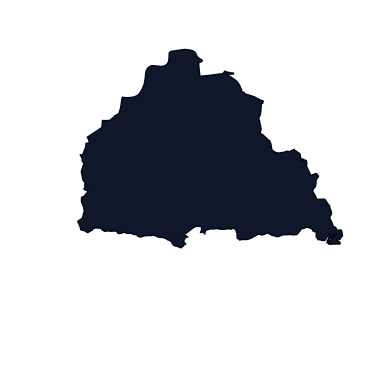 the district of Catcau, Salaj, Romania, rotated 145°
{"feature_id": "2599482B34343100803691", "entity_name": "Catcau", "entity_type": "district", "adm_level": 2, "iso_a3": "ROU", "parent_name": "Romania", "parent_adm1": "Salaj", "projection": "equal_earth", "projection_center": [23.786, 47.241], "detail": "fine", "context": "isolated", "style": "filled", "palette": "ink", "viewbox_px": 384, "rotation_deg": 145, "n_neighbors": 0, "source": "geoboundaries", "source_scale": "gbopen_adm2", "svg_char_len": 5887}
<svg xmlns="http://www.w3.org/2000/svg" viewBox="0 0 384 384"><g transform="rotate(145 192 192)"><path d="M194.5,309.5L195.8,308.6L202.2,301.8L207.0,298.1L211.2,298.6L212.7,298.2L218.4,297.9L218.8,297.8L219.6,298.6L222.2,300.2L224.3,301.8L225.3,300.7L228.7,296.5L246.3,296.9L246.3,295.6L246.5,294.8L247.5,291.6L247.9,291.0L250.8,292.6L253.4,289.6L260.5,285.0L262.1,286.5L262.3,286.3L262.3,284.8L262.9,282.0L263.9,280.9L264.1,280.5L263.9,279.8L264.1,278.9L264.0,277.5L265.5,276.3L266.6,275.7L267.5,274.7L269.6,273.3L270.8,272.2L271.5,271.1L271.8,269.9L272.4,269.1L273.0,267.2L273.8,265.7L274.5,264.0L274.1,262.1L274.3,261.0L275.8,259.2L276.9,257.2L278.5,256.6L278.8,256.4L278.6,255.7L276.6,252.3L278.0,251.6L280.5,251.1L282.3,250.3L285.5,250.9L287.9,247.7L288.4,246.3L288.6,244.5L289.4,242.0L291.0,238.3L296.4,233.7L298.1,233.4L300.8,233.5L302.5,233.3L302.6,232.4L303.7,227.0L304.7,225.2L303.8,223.6L302.8,222.8L302.2,221.9L301.6,220.6L301.1,219.3L300.6,218.6L296.2,218.1L293.5,218.6L292.9,218.5L291.2,217.7L289.3,216.2L287.4,214.2L287.2,213.7L287.0,211.8L286.4,210.9L286.3,210.4L286.0,209.8L282.8,208.2L281.1,206.5L277.1,204.0L276.6,203.4L276.3,202.3L276.3,200.7L275.8,200.1L274.0,198.9L271.3,198.3L270.3,197.8L269.1,195.6L265.5,193.0L264.3,191.0L262.4,189.3L261.8,188.3L261.7,187.3L261.1,185.9L259.6,184.4L258.3,184.2L254.7,182.8L253.9,182.0L252.1,181.1L250.2,179.6L247.9,178.6L247.5,177.7L246.7,176.8L245.8,174.8L242.7,172.0L242.0,171.6L241.2,170.6L240.0,168.7L239.1,166.5L238.2,165.4L237.4,163.8L237.4,162.8L237.7,160.9L237.6,159.3L236.6,157.3L234.7,155.3L233.3,152.9L232.6,152.6L230.9,152.7L228.4,153.3L227.1,153.1L227.3,155.5L229.2,155.5L223.9,158.3L221.5,157.8L221.7,158.3L221.8,159.2L222.8,160.5L223.0,161.3L222.9,161.6L217.5,161.7L214.4,162.0L210.3,162.0L207.8,161.3L207.1,160.8L206.4,160.0L205.6,159.8L203.9,157.9L204.4,157.5L206.3,155.1L208.1,154.0L208.0,153.7L207.6,153.5L206.0,153.0L205.6,152.6L205.5,152.1L205.8,151.1L205.5,150.5L204.6,151.6L204.0,151.6L203.3,152.8L200.6,152.2L199.2,151.7L197.4,150.9L195.5,149.3L192.9,148.2L190.4,145.6L187.8,143.6L185.1,142.0L183.6,141.3L182.4,140.5L181.4,139.2L179.8,139.0L179.1,138.7L178.1,137.6L177.9,137.0L178.0,134.9L178.7,133.1L178.9,131.9L180.1,130.5L180.5,129.5L181.2,128.8L181.4,128.2L181.0,127.0L180.1,126.7L180.1,126.2L180.5,125.6L180.4,125.3L178.3,124.5L174.3,121.7L172.1,120.8L168.9,120.2L162.2,119.6L161.4,119.1L158.9,116.4L154.1,115.2L153.0,114.5L152.9,114.0L152.3,113.0L151.5,110.8L149.3,108.6L148.4,107.1L146.5,105.8L144.0,105.4L141.3,104.5L139.4,103.0L136.0,101.0L133.5,98.7L132.3,98.2L130.7,97.2L130.2,97.1L128.9,97.4L127.0,98.1L126.1,98.1L125.4,98.5L124.9,99.0L124.3,99.1L122.2,98.6L120.4,97.9L118.3,97.5L117.6,97.1L115.3,93.8L114.9,92.9L114.9,92.0L115.2,91.3L115.2,90.6L114.2,89.0L113.6,88.5L113.4,87.9L113.4,87.2L115.6,84.6L115.9,84.0L115.9,81.6L115.9,80.8L115.6,80.1L115.3,80.1L114.6,80.4L114.3,79.2L113.2,77.7L112.7,77.3L112.3,77.5L112.1,77.5L111.6,76.6L111.1,76.2L110.6,76.2L108.9,76.9L103.9,79.3L103.4,79.3L103.2,79.0L103.4,78.6L104.1,78.2L104.2,77.5L104.5,77.1L105.3,76.8L106.0,76.4L107.0,75.3L108.9,74.5L110.2,73.2L109.3,73.1L106.9,74.2L104.4,75.7L103.2,75.9L101.8,75.9L100.4,76.6L99.6,76.4L98.4,74.9L98.3,74.3L98.9,75.0L99.5,75.4L100.8,75.1L100.9,74.8L100.6,74.1L100.5,73.6L100.8,73.3L101.2,73.3L102.8,73.7L102.9,73.9L102.2,74.2L102.2,74.6L103.1,75.1L103.7,75.2L104.1,74.8L103.9,74.2L104.8,73.6L105.7,72.7L106.7,72.7L110.0,71.4L109.4,70.5L108.9,70.0L106.6,68.7L101.0,64.8L100.4,64.7L99.9,65.5L99.9,66.2L100.4,67.9L101.2,69.6L99.6,70.3L98.7,68.6L98.2,68.3L95.4,69.5L93.8,69.9L92.1,73.4L91.8,74.8L91.8,75.5L93.2,76.4L94.1,76.7L94.9,77.4L95.1,77.8L95.1,78.2L94.9,78.9L94.7,80.7L95.0,81.2L95.6,81.7L95.8,82.4L96.2,83.0L95.5,84.7L94.8,87.4L94.3,91.6L93.4,92.6L90.4,94.1L89.4,95.5L89.0,96.5L88.4,99.5L87.4,101.5L87.4,103.3L87.6,105.4L87.4,109.3L87.5,109.8L88.0,110.4L93.6,114.1L94.1,114.9L94.0,115.5L93.7,116.1L93.1,118.3L93.0,121.7L92.6,123.4L92.3,124.2L91.9,124.5L91.0,124.7L89.7,125.4L88.4,125.5L87.8,125.8L85.5,128.0L84.8,129.3L83.4,130.6L80.8,131.8L79.8,132.0L79.3,132.6L79.5,135.6L79.8,136.0L84.9,137.3L85.3,137.8L84.7,139.8L84.7,141.2L84.0,143.6L83.9,145.2L83.5,146.4L83.2,148.2L82.9,148.6L81.9,149.0L81.4,150.3L80.7,151.3L80.5,152.0L80.5,152.4L81.3,153.4L83.4,154.2L83.7,154.4L83.5,154.7L83.3,154.9L82.6,154.7L82.4,154.2L82.0,154.3L81.9,154.5L82.2,155.3L83.4,155.9L83.5,156.7L83.4,157.9L82.9,158.6L82.8,159.2L81.9,160.6L81.8,161.0L82.1,162.7L83.0,164.6L83.0,165.3L83.9,166.5L84.1,167.5L83.9,168.2L86.5,168.7L89.6,169.1L89.5,169.4L89.9,170.1L90.8,170.8L92.6,171.5L93.8,171.6L96.4,173.1L98.4,173.9L99.8,175.3L100.8,176.5L101.7,178.0L102.3,180.4L102.5,180.7L99.7,186.5L99.1,189.6L99.7,190.8L100.1,193.4L101.3,198.6L102.7,200.9L101.5,202.2L100.7,202.6L99.1,204.3L98.4,206.4L97.7,207.3L97.3,208.4L97.0,209.5L96.3,210.9L95.8,211.5L95.6,213.3L95.2,214.0L91.4,216.5L88.3,219.9L84.7,224.5L84.0,224.8L83.3,224.2L81.6,225.6L83.8,228.9L86.1,233.6L86.7,234.7L91.9,241.4L92.4,242.5L92.5,243.5L92.3,243.8L93.2,244.5L93.4,244.9L93.4,245.9L92.0,251.1L91.7,255.4L92.2,258.3L94.3,264.0L96.2,268.4L96.0,268.5L94.5,267.6L90.4,264.9L90.2,265.0L89.9,265.7L93.2,268.4L93.7,269.5L94.4,269.8L95.2,270.8L95.6,272.0L96.5,271.4L96.7,271.6L97.2,271.1L97.7,271.6L98.2,270.8L102.5,273.2L103.4,273.6L111.6,277.9L119.2,282.3L114.6,290.6L112.6,294.0L108.6,293.3L108.4,293.5L108.2,294.7L109.5,297.1L110.0,299.2L110.1,300.3L109.4,303.7L109.5,305.1L110.3,307.0L112.2,309.4L115.7,312.5L117.3,313.5L128.4,319.1L129.6,319.3L130.7,319.0L131.2,318.5L134.4,314.3L135.9,312.7L137.3,311.7L139.2,311.0L140.2,310.9L142.0,311.0L143.7,311.6L144.7,312.2L145.7,312.9L151.5,317.8L152.9,318.7L155.3,319.0L157.8,318.7L160.1,317.3L161.7,315.9L164.8,312.2L169.3,307.7L174.0,304.7L178.1,302.9L179.8,302.5L181.5,302.4L183.7,302.7L185.3,303.2L186.8,304.0L189.5,305.4L191.2,306.5L193.9,308.7L194.5,309.5Z" fill="#0f172a" stroke="#020617" stroke-width="1.5"/></g></svg>